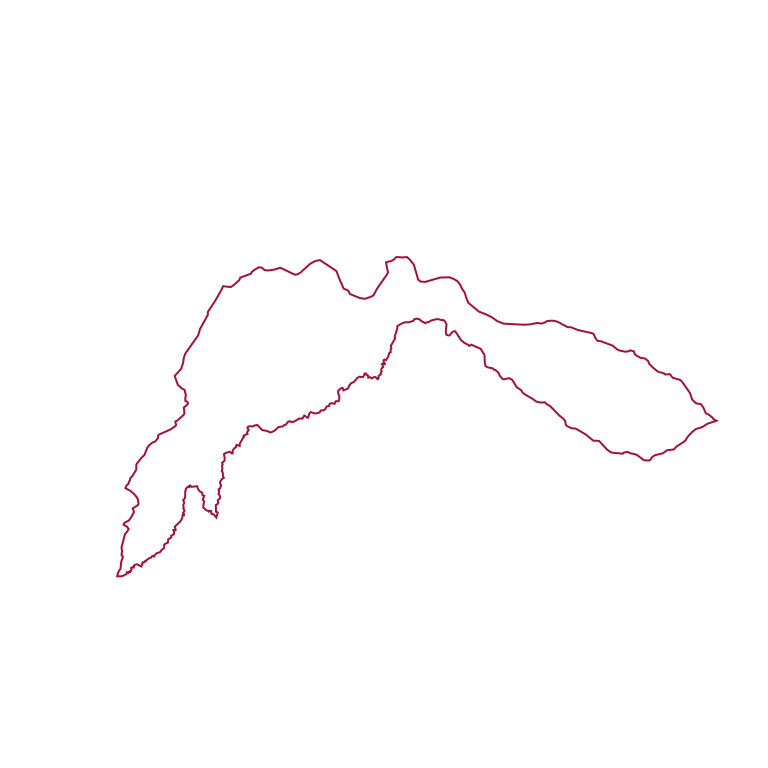 outline of La Argentina, Huila, Colombia, rotated 164°
{"feature_id": "7082276B50002192579952", "entity_name": "La Argentina", "entity_type": "district", "adm_level": 2, "iso_a3": "COL", "parent_name": "Colombia", "parent_adm1": "Huila", "projection": "natural_earth1", "projection_center": [-76.066, 2.187], "detail": "fine", "context": "isolated", "style": "outline", "palette": "rose", "viewbox_px": 768, "rotation_deg": 164, "n_neighbors": 0, "source": "geoboundaries", "source_scale": "gbopen_adm2", "svg_char_len": 6151}
<svg xmlns="http://www.w3.org/2000/svg" viewBox="0 0 768 768"><g transform="rotate(164 384 384)"><path d="M274.4,367.4L273.0,366.8L270.8,363.1L270.3,359.4L268.5,356.1L267.4,355.4L262.3,355.2L259.6,352.8L257.3,344.3L254.1,340.7L252.9,337.0L251.1,334.8L245.8,329.4L242.4,325.1L238.6,323.0L234.3,322.0L233.3,320.0L230.4,317.0L224.5,305.9L220.9,300.7L220.1,298.6L220.4,294.9L219.8,293.2L215.7,289.6L212.0,288.3L203.8,279.7L198.5,271.9L193.0,270.0L187.5,259.2L185.3,256.5L183.6,255.1L173.7,251.2L172.4,252.0L168.6,251.6L165.7,249.1L163.3,248.1L160.4,246.0L155.1,239.1L150.1,237.3L148.8,237.7L146.5,239.8L143.0,240.9L135.2,240.5L130.1,242.3L123.4,241.2L120.6,243.0L110.3,246.3L106.4,249.7L100.7,253.1L96.4,254.8L90.1,254.8L83.9,256.7L74.5,257.0L77.0,259.5L77.7,261.3L80.2,264.9L82.7,267.2L83.6,273.8L85.0,277.4L89.4,279.4L92.1,284.2L92.3,290.7L96.8,303.9L98.1,306.2L104.9,310.6L106.4,314.6L111.2,315.7L112.0,317.0L113.6,318.2L116.9,319.9L120.5,324.9L123.5,330.3L123.6,333.0L126.1,336.6L130.0,338.3L133.3,341.5L134.8,343.7L134.8,346.4L138.0,348.5L139.8,348.0L143.1,348.5L147.7,350.9L150.0,352.6L153.7,357.9L163.4,365.1L167.0,366.8L168.2,370.4L168.7,374.3L170.5,375.8L182.7,382.4L188.6,387.0L191.9,388.1L200.0,396.0L203.1,397.8L205.4,398.7L209.9,399.5L212.9,398.7L216.0,398.7L220.1,400.5L227.1,401.0L233.8,402.6L252.5,409.1L257.8,413.2L262.0,418.5L267.3,423.3L272.8,427.4L280.5,438.7L281.2,444.3L281.2,449.3L282.8,454.5L283.5,458.7L285.1,462.7L288.1,465.8L291.7,468.5L300.3,470.8L316.3,470.8L320.6,472.4L322.4,474.9L322.4,490.6L325.2,497.0L327.0,499.7L331.5,500.6L336.6,502.5L337.7,502.5L340.1,500.9L343.2,500.3L348.6,500.4L349.4,490.2L350.5,488.8L363.9,478.0L369.6,472.2L372.2,471.5L378.9,471.1L383.8,473.5L391.8,479.8L392.8,483.9L396.4,486.7L397.7,495.4L398.6,505.7L411.3,520.7L416.2,521.2L421.9,519.9L434.0,513.9L437.3,513.3L439.5,513.6L451.7,524.4L457.7,524.2L463.4,524.9L467.2,526.2L469.2,529.4L472.1,530.7L477.5,529.3L480.4,528.0L481.4,526.7L492.8,525.9L494.4,523.8L500.7,520.7L504.8,519.4L511.7,522.4L514.3,519.3L523.6,510.3L533.6,501.7L534.3,499.0L545.7,487.6L549.2,482.0L566.4,468.2L569.1,464.6L571.4,459.5L574.7,454.6L583.0,449.4L582.4,440.1L579.5,435.3L577.3,433.5L577.6,427.5L578.7,425.9L579.6,422.3L578.1,421.3L577.6,419.6L578.5,418.5L582.9,416.6L583.9,411.0L585.0,409.6L592.6,405.9L595.0,405.4L595.1,402.1L596.0,401.1L601.6,399.2L614.3,397.4L615.5,396.4L616.1,394.4L619.7,391.8L622.6,391.6L626.6,389.9L629.0,388.1L633.9,381.8L637.7,379.8L643.5,375.6L644.4,374.5L645.8,369.9L651.6,364.6L653.9,363.4L654.6,361.7L655.9,360.5L657.3,358.4L658.6,358.0L660.8,356.0L661.3,355.1L657.5,351.5L654.8,347.6L653.0,343.6L652.4,341.2L652.9,336.6L653.8,335.5L659.8,333.7L659.7,329.8L663.9,325.4L667.1,323.0L671.2,322.3L673.1,320.9L672.6,319.8L670.5,318.0L669.4,315.1L671.6,312.9L674.4,311.1L681.4,299.1L681.9,295.3L683.5,292.0L682.7,290.5L682.7,289.6L685.4,285.9L688.2,279.1L691.3,276.4L693.5,272.7L689.7,271.6L687.5,271.6L684.0,272.3L683.0,273.9L682.1,272.8L681.0,273.8L679.9,273.2L679.7,274.1L678.6,274.2L677.9,275.3L677.9,276.7L677.3,277.2L675.6,276.6L675.5,277.3L674.6,277.3L674.4,278.4L673.4,278.9L671.0,278.8L667.7,275.5L666.0,277.1L665.9,278.3L665.1,279.1L663.9,278.6L662.9,279.6L661.7,279.2L661.0,280.1L657.1,281.4L656.1,281.2L654.0,282.6L652.5,281.5L651.8,282.6L648.9,284.1L645.8,284.0L643.4,285.8L641.0,286.8L640.4,287.3L639.7,290.0L638.3,290.7L635.6,291.0L634.2,294.2L630.9,295.1L630.4,296.7L627.3,297.6L626.6,299.4L626.7,301.6L625.0,300.8L624.4,301.1L624.6,304.4L617.3,308.3L614.9,310.7L613.6,313.6L612.5,313.1L612.1,314.1L612.7,314.9L612.5,315.7L610.7,316.9L611.2,319.7L610.7,320.1L610.4,322.9L608.7,324.9L609.0,327.9L607.3,328.7L606.3,330.1L604.6,335.8L603.7,336.8L603.4,337.9L600.7,339.4L599.6,338.6L598.9,339.9L598.0,339.7L597.4,338.2L591.9,337.3L591.7,334.6L590.9,331.9L588.7,329.6L589.1,327.1L587.6,326.1L590.1,322.7L589.4,321.5L589.5,320.5L591.5,316.2L591.7,314.8L589.1,311.1L587.8,310.6L587.5,309.6L586.6,310.0L585.2,309.5L585.7,306.8L583.7,305.8L582.0,301.9L579.2,306.3L580.7,307.6L579.0,314.0L576.7,314.7L576.0,315.9L575.9,317.9L573.0,319.6L572.7,320.3L572.7,322.1L573.4,323.9L571.9,326.3L572.2,328.2L570.2,328.9L568.6,331.6L568.9,334.0L568.6,335.1L566.1,337.2L563.8,337.9L564.2,339.4L563.4,343.5L564.0,344.8L562.4,347.7L562.5,349.7L561.2,351.1L561.4,352.9L558.4,354.2L557.5,357.1L557.2,360.7L555.1,361.4L550.8,361.3L549.3,359.0L548.6,359.0L547.7,361.9L545.6,363.5L543.7,364.0L542.9,365.9L542.4,366.1L539.8,364.2L539.1,366.4L534.1,371.3L533.2,371.6L533.4,372.7L533.0,373.2L529.0,373.5L529.0,375.3L526.8,377.1L527.4,379.4L526.6,380.3L524.9,380.5L521.6,379.3L520.4,379.8L517.1,379.6L513.7,373.2L509.5,371.2L506.5,368.7L505.4,368.7L501.9,369.3L497.3,371.7L492.8,371.1L491.8,371.9L489.4,372.1L486.7,374.1L484.7,374.2L483.6,373.1L481.2,372.6L474.7,374.2L472.0,373.2L469.3,375.7L466.7,372.6L466.1,372.6L464.1,376.0L462.3,377.3L458.6,374.7L455.0,374.3L453.7,374.5L452.1,376.0L450.3,375.5L447.9,375.7L445.2,378.2L442.8,378.1L441.7,379.9L439.4,380.0L437.0,378.6L435.6,380.4L434.9,380.7L432.4,380.0L431.4,381.4L430.3,384.3L430.6,387.7L430.1,389.9L429.5,390.5L425.6,391.9L424.8,391.6L424.7,389.0L419.6,389.7L418.1,391.9L415.5,393.8L412.3,394.2L408.2,397.1L405.6,397.8L402.5,396.4L400.8,397.7L399.7,399.4L398.3,399.0L398.1,397.4L397.0,396.4L397.4,394.5L395.3,394.3L394.3,392.8L391.7,393.4L390.2,392.9L389.1,391.4L389.0,390.5L388.0,390.5L386.8,393.4L384.3,394.2L384.2,395.5L382.8,396.6L382.9,398.2L382.2,399.5L380.1,400.6L380.4,403.8L379.1,404.1L378.1,402.8L377.6,403.0L378.1,406.6L377.7,407.1L376.7,407.3L375.4,406.4L372.3,409.2L370.4,412.4L368.7,412.8L368.4,414.9L367.0,416.2L367.2,417.8L366.7,419.0L360.7,424.8L360.6,426.7L356.2,433.2L355.1,436.1L349.8,437.4L346.4,437.5L343.5,436.5L338.3,436.6L337.1,437.8L335.1,438.0L332.3,436.6L330.6,434.0L327.4,431.0L326.7,431.5L323.8,431.2L321.5,432.0L316.4,431.9L313.9,431.4L310.7,429.3L309.3,429.2L307.9,426.9L307.5,423.9L310.0,417.9L310.6,414.4L308.6,412.8L307.3,412.8L304.1,415.1L301.6,415.4L300.8,414.5L297.8,404.9L295.5,401.5L292.2,398.3L291.6,397.1L289.2,397.7L281.4,391.2L279.4,384.1L281.2,376.8L281.5,373.2L279.5,371.3L275.2,369.1L274.4,367.4Z" fill="none" stroke="#9f1239" stroke-width="2"/></g></svg>